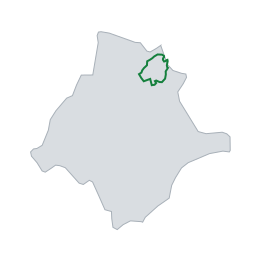 location of Vitina within Kosovo, rotated 262°
{"feature_id": "KOS-5905", "entity_name": "Vitina", "entity_type": "District", "adm_level": 1, "iso_a3": "XKX", "parent_name": "Kosovo", "parent_adm1": "", "projection": "robinson", "projection_center": [21.372, 42.321], "detail": "fine", "context": "in_parent", "style": "outline", "palette": "green", "viewbox_px": 256, "rotation_deg": 262, "n_neighbors": 0, "source": "natural_earth", "source_scale": "10m", "svg_char_len": 1489}
<svg xmlns="http://www.w3.org/2000/svg" viewBox="0 0 256 256"><g transform="rotate(262 128 128)"><path d="M65.1,89.6L79.5,85.4L81.6,82.4L78.3,75.9L80.2,71.9L97.4,60.4L100.2,55.2L101.3,51.1L99.0,46.7L95.8,39.9L97.4,37.0L106.3,33.1L113.5,28.5L117.8,28.2L120.4,31.5L120.4,34.9L122.8,40.6L128.1,43.7L136.9,48.8L147.1,52.2L155.2,59.1L166.1,71.4L167.8,77.5L177.7,83.0L186.9,89.1L185.4,100.5L216.7,110.4L223.8,110.3L227.1,112.1L227.1,114.7L224.6,122.6L211.8,147.0L210.7,152.1L201.5,157.4L200.2,160.5L202.9,167.2L205.3,172.0L205.1,171.9L185.3,175.9L178.7,180.5L174.7,188.6L173.4,192.8L170.0,193.0L164.1,188.8L156.8,182.3L147.3,182.8L114.7,197.0L111.5,204.5L110.7,220.7L108.5,225.0L105.0,227.8L91.6,226.1L90.2,225.0L91.9,218.8L91.3,205.2L85.3,182.8L81.0,175.4L72.2,168.1L65.2,163.3L52.8,159.0L46.6,146.7L37.2,132.7L32.7,129.4L33.4,128.1L35.7,117.5L33.0,109.8L28.9,103.2L31.7,99.3L40.4,99.3L47.6,100.0L50.3,93.8L65.1,89.6Z" fill="#d9dde1" stroke="#a8b0b8" stroke-width="1"/><path d="M195.9,171.9L194.8,173.2L194.3,173.7L193.1,173.5L192.1,172.4L190.7,172.1L188.8,173.0L189.0,174.3L189.8,175.5L190.0,176.5L188.7,176.6L184.7,175.2L182.7,175.3L182.0,175.9L178.8,173.2L175.7,172.9L171.7,171.6L168.7,168.0L169.1,165.7L171.1,162.5L170.7,161.2L168.6,162.1L167.1,160.3L167.1,157.5L173.5,156.8L172.1,150.1L175.7,148.1L179.8,146.4L181.0,149.0L183.1,150.1L185.1,152.1L187.5,155.5L191.4,156.3L192.5,159.2L193.7,161.7L195.2,163.9L196.7,167.5L195.9,171.9Z" fill="none" stroke="#15803d" stroke-width="2"/></g></svg>